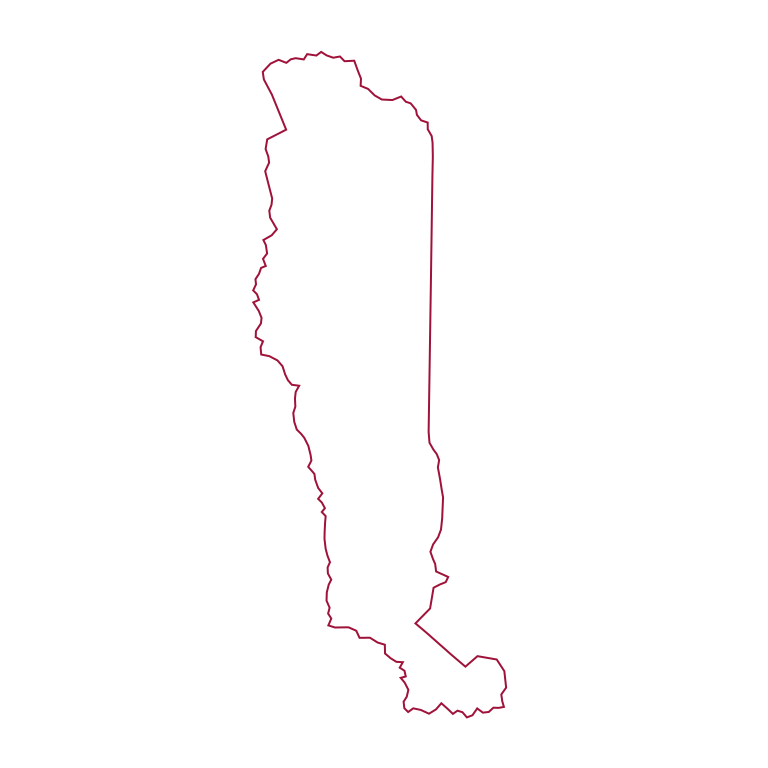 outline of São Pedro da Cipa, Mato Grosso, Brazil, rotated 276°
{"feature_id": "56859067B41426508877483", "entity_name": "São Pedro da Cipa", "entity_type": "district", "adm_level": 2, "iso_a3": "BRA", "parent_name": "Brazil", "parent_adm1": "Mato Grosso", "projection": "albers", "projection_center": [-54.778, -15.968], "detail": "fine", "context": "isolated", "style": "outline", "palette": "rose", "viewbox_px": 768, "rotation_deg": 276, "n_neighbors": 0, "source": "geoboundaries", "source_scale": "gbopen_adm2", "svg_char_len": 2418}
<svg xmlns="http://www.w3.org/2000/svg" viewBox="0 0 768 768"><g transform="rotate(276 384 384)"><path d="M116.1,413.2L112.0,419.2L109.0,425.3L109.3,431.8L103.5,429.3L100.9,434.4L95.4,436.2L93.5,431.3L89.3,435.7L82.4,440.2L75.3,439.3L70.1,436.7L63.7,438.1L60.3,442.3L64.5,447.0L63.7,454.6L60.8,463.2L65.8,469.7L72.5,474.4L67.4,481.5L63.1,487.0L66.8,491.2L65.8,496.3L61.1,501.3L63.8,506.6L71.1,510.6L67.5,516.7L68.8,522.5L73.5,526.6L73.9,532.0L75.4,537.0L80.8,534.8L87.5,533.1L94.8,537.2L111.0,533.7L121.8,524.9L123.1,505.4L111.4,494.5L122.0,479.0L139.2,454.9L142.9,449.6L149.2,440.3L165.6,453.3L186.6,454.6L190.6,460.8L193.4,466.1L198.8,468.0L203.0,455.4L210.4,453.7L215.1,451.0L222.0,447.7L229.6,449.6L237.2,453.8L245.2,455.9L256.5,455.9L269.2,455.1L277.4,454.6L284.0,452.7L295.6,449.6L306.7,446.3L314.1,446.8L319.8,443.8L323.8,440.1L330.3,435.4L340.9,433.4L476.8,421.2L495.7,419.5L596.0,410.4L615.2,408.8L628.9,407.1L635.6,405.5L641.9,400.9L648.6,400.1L650.1,393.3L655.1,388.6L659.9,387.2L665.9,381.2L667.0,376.2L671.7,371.0L667.3,362.7L666.7,352.1L670.0,344.6L675.8,337.3L678.1,329.6L685.3,329.2L692.3,325.5L702.4,320.6L700.9,311.0L705.1,306.0L703.2,299.4L704.8,292.6L707.7,286.8L703.6,282.4L704.0,273.1L698.4,270.3L698.8,262.1L697.2,257.4L693.2,253.3L695.4,245.3L690.7,237.6L681.7,230.8L674.3,232.7L660.0,242.3L626.7,260.1L615.1,242.3L605.3,241.7L598.0,245.2L592.1,246.6L583.2,243.6L569.4,248.7L556.8,253.4L550.5,253.4L544.4,251.8L537.5,253.4L526.7,261.3L520.1,256.7L514.6,249.0L509.8,252.0L501.6,254.1L495.8,250.6L489.0,254.1L486.6,249.6L480.6,248.2L474.8,245.2L469.7,246.3L463.4,244.1L460.0,248.3L454.6,250.9L451.5,245.5L443.6,251.8L437.0,255.3L431.4,255.3L423.3,251.1L417.2,251.5L413.8,259.2L407.7,257.4L400.5,258.8L399.7,267.1L396.3,275.6L391.1,281.2L383.2,284.7L377.8,288.0L373.6,292.4L373.4,299.8L366.8,297.0L360.1,297.0L352.2,298.2L345.7,296.8L337.0,298.7L329.6,302.0L325.9,306.6L322.2,310.3L314.6,315.2L305.8,318.4L300.3,319.8L293.7,317.3L287.3,324.2L281.6,325.6L273.7,329.4L268.8,334.1L262.9,330.5L259.6,334.6L254.3,338.2L250.2,335.5L246.5,339.8L240.2,339.9L230.9,340.4L223.8,341.0L214.0,343.2L207.4,345.7L201.1,348.9L195.7,347.1L189.7,348.0L183.9,352.0L178.7,350.0L170.8,348.9L162.5,349.5L155.8,353.3L149.9,352.4L145.2,356.1L138.1,353.9L136.7,360.8L137.5,367.1L138.3,374.2L135.7,382.2L129.0,386.2L130.2,396.5L126.2,404.7L124.8,412.1L116.1,413.2Z" fill="none" stroke="#9f1239" stroke-width="2"/></g></svg>